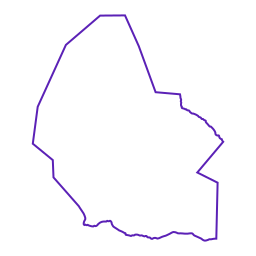 Cabana, Copán, Honduras (Albers equal-area conic projection)
{"feature_id": "27666195B19494062054761", "entity_name": "Cabana", "entity_type": "district", "adm_level": 2, "iso_a3": "HND", "parent_name": "Honduras", "parent_adm1": "Copán", "projection": "albers", "projection_center": [-89.051, 14.783], "detail": "fine", "context": "isolated", "style": "outline", "palette": "violet", "viewbox_px": 256, "rotation_deg": 0, "n_neighbors": 0, "source": "geoboundaries", "source_scale": "gbopen_adm2", "svg_char_len": 5598}
<svg xmlns="http://www.w3.org/2000/svg" viewBox="0 0 256 256"><path d="M110.5,221.0L110.9,221.4L111.1,221.6L111.3,221.9L111.4,222.3L111.6,222.6L111.6,223.0L111.7,223.4L111.8,223.8L111.9,224.1L112.0,224.4L112.5,225.2L112.7,225.6L113.1,226.2L113.3,226.5L113.6,226.7L114.1,227.1L116.0,228.3L118.6,230.0L119.1,230.4L119.6,230.6L120.7,231.0L121.5,231.4L122.5,231.8L123.6,232.5L124.2,232.8L124.4,232.9L125.1,233.1L125.3,233.2L125.5,233.4L125.5,233.5L125.6,233.8L125.5,234.1L125.5,234.3L125.7,234.6L125.9,234.8L126.3,234.9L126.8,235.0L128.1,235.2L128.9,235.4L129.5,235.5L130.5,235.9L130.8,235.9L131.0,235.9L131.3,235.9L131.7,235.6L131.9,235.5L132.1,235.4L132.4,235.4L132.6,235.3L132.9,235.3L133.4,235.4L133.6,235.4L133.8,235.4L134.0,235.4L134.3,235.2L134.7,235.0L134.9,234.8L135.1,234.7L135.4,234.7L135.7,234.6L136.2,234.6L136.6,234.6L137.0,234.6L137.5,234.7L138.0,234.8L138.5,235.0L139.2,235.3L139.5,235.4L139.7,235.5L140.0,235.5L140.4,235.5L140.6,235.5L141.1,235.4L141.4,235.4L141.8,235.4L142.1,235.5L142.3,235.6L142.6,235.7L143.2,236.0L143.5,236.1L143.8,236.2L144.2,236.3L144.5,236.3L144.8,236.3L145.0,236.2L145.4,236.0L145.7,236.0L145.9,236.0L146.2,236.0L146.5,236.1L146.9,236.5L147.1,236.8L147.4,237.1L147.5,237.2L147.8,237.3L148.1,237.4L148.4,237.4L148.9,237.4L149.1,237.4L149.5,237.5L149.8,237.6L150.1,237.7L150.3,237.9L150.5,238.0L150.8,238.4L151.1,238.6L151.3,238.7L151.6,238.8L151.8,238.8L152.0,238.8L152.4,238.8L152.7,238.6L153.2,238.3L153.6,238.1L154.1,238.0L154.7,237.9L155.3,237.9L155.8,238.0L156.4,238.2L157.0,238.4L157.2,238.5L157.5,238.5L157.8,238.5L158.2,238.4L158.6,238.3L159.3,238.1L159.9,237.8L161.0,237.3L162.1,236.8L163.9,236.2L165.7,235.7L166.1,235.5L166.6,235.3L169.7,233.8L172.0,232.5L172.8,232.2L173.0,232.1L173.5,232.0L174.1,232.1L174.5,232.1L175.2,232.2L175.7,232.4L176.1,232.5L176.5,232.6L176.9,232.8L177.4,233.1L177.6,233.2L178.1,233.3L178.6,233.3L179.4,233.4L180.7,233.3L181.4,233.4L181.9,233.4L184.2,233.6L185.2,233.7L186.3,233.7L186.8,233.7L187.5,233.7L189.5,233.4L190.9,233.3L191.6,233.3L192.0,233.4L192.3,233.5L192.6,233.7L192.8,233.9L193.2,234.4L193.5,234.7L193.7,235.0L194.0,235.2L194.4,235.5L194.8,235.7L197.3,236.8L200.8,238.4L201.1,238.6L201.4,238.7L202.3,239.5L202.7,239.8L202.9,239.9L203.5,240.2L203.9,240.4L204.3,240.5L204.6,240.6L205.0,240.6L205.4,240.6L205.9,240.5L206.5,240.4L207.6,240.0L208.3,239.8L209.0,239.4L209.3,239.3L209.5,239.3L209.9,239.2L210.6,239.3L211.1,239.3L211.5,239.2L213.2,238.9L213.7,238.8L214.9,238.7L216.3,238.7L217.6,182.7L197.3,172.5L223.2,141.8L223.0,141.6L222.8,141.5L222.6,141.1L222.1,140.3L221.8,139.3L221.7,139.3L221.3,139.1L220.6,138.7L220.1,138.3L219.9,138.2L219.7,137.9L219.5,137.5L219.3,137.1L219.2,136.7L219.1,136.0L219.0,135.8L218.9,135.6L218.7,135.5L218.4,135.4L218.2,135.4L217.8,135.5L217.6,135.5L217.4,135.5L217.2,135.4L216.8,135.3L216.4,135.1L216.0,134.8L215.8,134.6L215.7,134.5L215.6,134.3L215.5,134.0L215.4,133.6L215.4,133.2L215.4,132.9L215.3,132.6L215.2,132.2L214.8,131.3L214.7,131.1L214.3,130.5L213.9,129.9L213.3,129.1L212.4,128.1L211.7,127.4L211.0,126.7L210.8,126.6L210.6,126.5L210.4,126.5L210.0,126.5L209.8,126.5L209.6,126.4L209.2,126.0L207.7,124.2L206.1,122.5L205.9,122.2L205.8,121.7L205.8,121.3L205.8,121.0L205.7,120.8L205.5,120.6L205.3,120.5L205.1,120.4L204.5,120.2L204.3,120.1L204.1,120.0L203.7,119.7L203.3,119.3L203.0,119.1L202.9,119.0L202.7,119.0L202.3,119.0L202.1,119.0L201.9,119.0L201.7,118.9L201.5,118.7L201.4,118.6L201.3,118.4L201.1,118.1L200.9,117.8L200.7,117.6L200.4,117.4L200.1,117.3L199.7,117.2L199.3,117.1L199.1,117.0L198.9,116.9L198.7,116.7L198.4,116.4L198.2,116.0L197.9,115.8L197.3,115.4L196.8,115.1L196.1,114.7L195.4,114.4L194.5,114.0L193.6,113.7L193.3,113.6L193.0,113.5L192.8,113.5L192.4,113.5L192.2,113.5L191.9,113.4L191.6,113.3L191.0,112.8L190.3,112.2L190.1,112.1L189.9,111.8L189.6,111.2L189.2,110.8L189.1,110.7L188.9,110.5L188.7,110.5L188.5,110.4L187.9,110.4L187.5,110.3L187.2,110.2L186.7,109.8L186.5,109.5L186.2,109.3L185.9,109.3L185.7,109.4L185.3,109.3L185.1,109.1L184.8,108.9L182.1,108.1L181.8,107.7L181.7,107.3L181.7,107.1L181.8,106.8L181.8,106.6L181.7,106.4L181.4,106.2L181.1,105.7L181.1,105.4L181.0,104.6L181.0,103.9L181.1,103.5L181.2,102.8L181.2,102.5L181.2,102.4L181.1,102.2L181.0,101.9L180.9,101.7L180.8,101.3L180.8,101.1L180.9,100.9L181.0,100.5L181.1,100.3L181.1,100.0L181.1,99.8L181.1,99.5L181.0,99.1L180.8,98.8L180.6,98.3L180.5,97.9L180.3,95.9L180.1,94.8L180.0,94.3L155.6,92.2L138.8,46.2L125.0,15.4L100.1,15.6L65.9,44.9L37.7,106.8L32.8,143.7L52.8,160.1L53.5,177.4L79.0,206.4L79.3,207.0L79.6,207.5L83.6,213.5L84.5,215.5L84.9,216.7L85.0,217.0L85.2,217.5L85.2,218.0L85.3,218.4L85.3,218.7L85.2,219.1L85.2,219.5L85.0,219.8L84.6,220.5L84.3,221.1L84.2,221.4L84.0,221.9L83.8,222.6L83.7,223.5L83.7,223.9L83.7,224.1L83.8,224.3L83.9,224.5L84.0,224.7L84.3,224.9L84.5,225.0L84.7,224.9L84.8,224.8L85.0,224.8L85.2,224.7L85.3,224.8L85.5,224.8L86.0,225.0L86.4,225.1L86.9,225.1L87.2,225.1L87.5,225.0L87.6,224.9L87.8,224.9L88.0,225.0L88.7,225.4L89.2,225.6L90.5,226.0L91.3,226.2L91.8,226.3L92.6,226.4L93.3,226.4L93.6,226.3L93.8,226.1L94.0,225.9L94.4,225.8L94.6,225.8L94.8,225.9L95.1,226.0L95.5,226.1L96.0,226.0L96.3,225.9L96.6,225.7L96.9,225.5L97.2,225.3L97.5,225.0L97.9,224.4L98.2,224.1L98.8,223.6L99.4,223.1L100.1,222.6L100.5,222.4L101.0,222.2L101.6,221.9L102.2,221.8L102.5,221.7L103.8,221.5L104.8,221.5L105.6,221.5L106.2,221.5L106.4,221.4L106.5,221.4L106.8,221.1L107.1,221.0L107.2,220.9L107.4,220.9L107.6,221.0L108.1,221.2L108.4,221.2L108.6,221.2L108.8,221.2L109.1,221.2L109.3,221.1L109.6,220.9L109.8,220.9L110.1,220.9L110.3,220.9L110.5,221.0Z" fill="none" stroke="#5b21b6" stroke-width="2"/></svg>